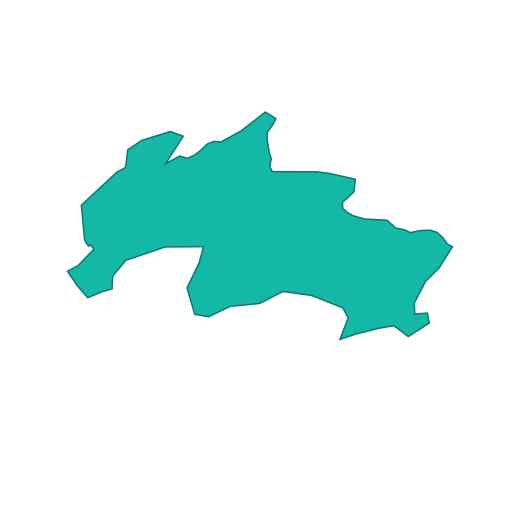 Riebinu, Equal Earth projection, rotated 319°
{"feature_id": "LVA-5752", "entity_name": "Riebinu", "entity_type": "Municipality", "adm_level": 1, "iso_a3": "LVA", "parent_name": "Latvia", "parent_adm1": "", "projection": "equal_earth", "projection_center": [26.825, 56.342], "detail": "fine", "context": "isolated", "style": "filled", "palette": "teal", "viewbox_px": 512, "rotation_deg": 319, "n_neighbors": 0, "source": "natural_earth", "source_scale": "10m", "svg_char_len": 1153}
<svg xmlns="http://www.w3.org/2000/svg" viewBox="0 0 512 512"><g transform="rotate(319 256 256)"><path d="M340.7,175.6L334.1,186.3L331.3,192.6L325.1,197.6L323.6,203.0L357.0,232.2L366.1,242.5L381.3,263.3L371.9,271.9L356.5,272.2L352.5,277.3L353.8,283.8L355.5,288.8L362.1,299.2L378.3,314.9L379.8,326.5L385.2,333.6L387.9,339.7L396.6,344.5L404.7,351.1L408.1,356.9L409.0,364.2L408.3,372.9L410.4,377.9L386.7,385.1L367.3,386.4L344.9,395.2L337.7,403.9L347.9,411.5L342.8,420.3L318.1,416.7L314.4,399.2L301.6,391.3L279.9,380.3L264.6,374.1L285.0,363.1L287.5,352.1L272.2,322.4L253.1,300.5L227.6,294.2L203.4,277.0L180.4,270.8L171.5,259.8L183.0,234.8L208.5,223.9L222.5,214.5L193.3,189.5L155.1,173.9L134.7,177.1L125.8,186.4L115.6,181.7L101.6,177.1L101.6,161.5L103.7,143.9L115.4,146.5L138.1,144.5L138.5,140.2L138.7,139.4L136.1,138.6L136.5,134.9L137.4,131.1L157.5,103.1L205.9,101.4L215.7,103.6L228.9,91.7L245.7,93.8L273.1,105.9L279.6,117.9L248.4,127.0L264.1,130.6L268.2,137.2L276.0,139.5L284.0,140.0L292.6,139.5L299.1,141.7L304.1,146.8L326.5,151.8L357.5,153.5L361.1,165.4L355.7,167.6L345.5,170.1L340.7,175.6Z" fill="#14b8a6" stroke="#0f766e" stroke-width="1.5"/></g></svg>